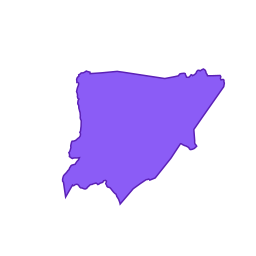 outline of Eunápolis, Bahia, Brazil, rotated 29°
{"feature_id": "56859067B32673788757857", "entity_name": "Eunápolis", "entity_type": "district", "adm_level": 2, "iso_a3": "BRA", "parent_name": "Brazil", "parent_adm1": "Bahia", "projection": "equal_earth", "projection_center": [-39.639, -16.312], "detail": "fine", "context": "isolated", "style": "filled", "palette": "violet", "viewbox_px": 256, "rotation_deg": 29, "n_neighbors": 0, "source": "geoboundaries", "source_scale": "gbopen_adm2", "svg_char_len": 2920}
<svg xmlns="http://www.w3.org/2000/svg" viewBox="0 0 256 256"><g transform="rotate(29 128 128)"><path d="M183.1,37.4L177.6,40.7L176.6,41.3L172.2,43.8L171.3,42.9L170.2,42.3L169.4,41.8L168.5,40.7L167.3,40.0L166.4,39.9L165.4,39.8L164.6,40.8L164.0,41.9L163.3,43.1L162.4,43.0L161.2,43.6L160.7,45.2L160.9,47.1L160.4,48.8L159.8,49.9L159.1,50.9L158.2,50.6L157.4,50.8L157.1,52.7L156.6,54.2L155.5,54.8L154.5,55.2L153.7,54.4L152.6,53.7L151.7,52.7L150.5,52.9L149.1,53.9L148.1,54.6L147.1,55.6L146.9,56.8L146.7,58.0L143.9,60.5L136.2,66.9L95.8,81.9L93.8,82.7L91.1,83.7L78.1,92.6L68.5,98.8L67.7,97.6L66.1,98.0L64.8,98.3L63.9,98.4L63.3,99.6L62.6,100.8L61.9,101.6L60.8,102.2L60.2,102.9L59.9,104.1L59.1,105.4L59.9,106.6L59.3,107.9L59.2,109.0L59.6,110.6L60.5,111.8L61.2,113.0L62.0,112.5L63.0,112.7L63.5,113.5L64.0,115.1L64.2,117.0L64.6,118.6L65.0,119.9L65.4,121.2L66.7,122.2L68.0,123.8L68.6,125.2L69.7,126.3L71.0,126.5L71.0,128.0L71.7,130.0L72.4,131.3L73.4,131.8L74.3,132.7L74.8,133.6L75.5,134.6L76.6,135.7L77.5,136.7L78.7,137.8L79.5,139.1L80.4,140.4L81.0,141.8L81.8,142.9L82.7,143.7L83.5,144.2L86.1,149.2L88.0,153.8L87.9,155.1L88.9,155.7L89.7,156.9L90.1,158.3L89.9,160.0L89.3,161.2L88.9,162.3L88.6,163.3L88.1,164.3L87.5,165.1L86.6,166.0L85.5,166.6L85.5,167.8L85.9,169.2L86.2,170.3L86.6,171.5L87.5,172.7L87.9,174.2L88.2,175.5L88.4,176.8L88.2,178.3L89.0,178.8L89.7,179.6L90.2,180.4L90.6,181.4L91.8,181.5L92.9,181.7L94.1,181.7L94.7,180.9L95.6,180.2L96.4,179.7L97.4,179.2L98.6,178.5L99.9,177.5L100.1,180.0L99.6,181.8L99.4,183.7L99.3,185.4L98.4,186.2L96.9,187.7L96.4,188.8L96.4,190.1L96.3,191.5L96.6,192.8L96.1,194.5L95.9,196.1L95.5,198.0L95.1,199.3L94.8,200.9L95.0,202.2L95.3,203.4L95.7,204.7L96.6,206.2L97.9,206.8L106.9,218.6L107.1,204.9L107.9,205.2L108.6,204.5L109.2,203.2L110.2,202.2L111.3,201.8L112.7,202.1L114.3,203.0L115.6,203.3L117.1,202.7L118.4,202.6L119.5,202.4L120.4,201.9L121.2,200.7L121.3,199.4L121.8,198.2L122.1,196.9L122.6,195.7L123.9,194.8L124.9,193.4L125.7,192.7L126.7,191.7L127.9,191.7L129.0,192.1L129.7,191.3L130.2,190.0L131.1,189.0L132.2,187.8L132.3,185.9L133.7,184.7L134.9,184.9L135.3,186.1L135.4,187.4L136.4,188.1L137.2,188.5L137.8,189.2L138.9,189.5L140.0,189.2L141.3,189.0L142.7,189.5L143.8,190.0L146.6,191.1L148.4,191.6L149.4,191.6L150.5,192.4L151.4,193.3L152.2,193.7L153.1,194.2L154.2,194.8L155.4,195.8L156.6,196.8L157.4,197.6L158.0,198.3L162.0,178.6L165.6,170.9L168.9,164.4L169.9,163.7L170.6,162.8L171.5,162.6L172.3,163.0L176.0,158.5L180.2,133.5L181.5,116.3L182.4,115.9L183.6,116.1L184.5,116.0L185.4,116.0L186.2,115.9L187.6,115.6L188.7,115.6L189.7,115.6L190.9,115.8L191.7,116.4L192.9,116.7L193.7,116.2L194.4,115.6L195.0,114.9L195.8,113.9L196.4,112.4L196.9,110.6L195.9,110.0L195.0,109.7L194.1,109.3L193.2,108.2L192.5,106.8L186.3,97.4L187.8,82.4L191.7,45.5L191.1,43.7L190.5,42.0L189.6,41.2L188.7,39.6L187.6,39.4L186.0,40.8L184.9,40.0L184.2,38.0L183.1,37.4Z" fill="#8b5cf6" stroke="#5b21b6" stroke-width="1.5"/></g></svg>